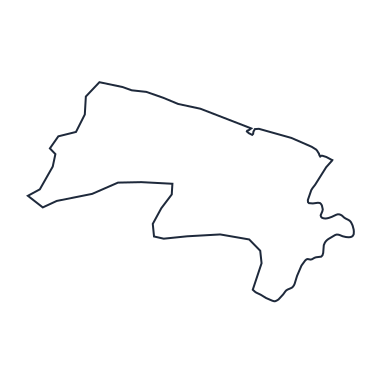 SVG path tracing the border of Atsimo-Atsinanana, rotated 273°
{"feature_id": "MDG-5867", "entity_name": "Atsimo-Atsinanana", "entity_type": "Autonomous Province", "adm_level": 1, "iso_a3": "MDG", "parent_name": "Madagascar", "parent_adm1": "", "projection": "albers", "projection_center": [47.076, -23.231], "detail": "fine", "context": "isolated", "style": "outline", "palette": "slate", "viewbox_px": 384, "rotation_deg": 273, "n_neighbors": 0, "source": "natural_earth", "source_scale": "10m", "svg_char_len": 1890}
<svg xmlns="http://www.w3.org/2000/svg" viewBox="0 0 384 384"><g transform="rotate(273 192 192)"><path d="M296.8,93.8L293.2,117.1L290.4,126.5L289.6,141.1L284.6,158.3L279.2,173.5L275.6,196.0L258.6,247.8L256.9,245.7L256.1,243.9L255.3,243.6L253.7,245.7L252.2,249.1L253.2,250.0L255.5,250.2L258.1,251.5L258.6,255.5L251.2,288.4L243.4,309.2L240.9,313.7L239.9,314.7L237.7,316.2L237.0,316.8L236.7,316.8L235.2,317.4L234.1,318.2L234.4,318.6L235.0,319.1L235.0,320.0L235.0,320.4L234.0,324.3L231.6,329.4L231.2,330.5L230.9,330.4L223.8,324.7L205.7,314.6L202.1,312.1L200.1,311.0L190.0,308.1L187.9,308.4L187.0,309.4L186.9,313.3L187.8,318.1L187.8,319.3L187.6,320.5L186.7,321.5L185.4,322.4L181.5,323.5L179.6,323.2L175.5,321.7L174.0,322.2L173.0,323.3L172.6,324.9L172.5,326.7L172.8,328.3L173.3,330.0L174.5,332.9L176.7,337.0L177.3,338.5L177.4,340.1L177.0,341.6L176.3,343.0L174.4,345.3L173.6,346.7L172.3,349.7L171.6,350.9L170.6,352.0L169.4,352.8L167.0,354.1L163.0,355.4L161.0,355.7L158.4,355.7L156.8,355.0L155.7,353.8L155.2,352.3L155.0,350.7L155.1,348.0L155.7,344.7L156.8,341.6L157.1,340.0L157.0,338.4L156.4,337.0L152.2,330.7L151.2,329.5L150.0,328.4L148.5,327.4L145.8,326.4L138.0,326.2L135.6,325.6L134.2,324.4L133.3,319.3L132.7,317.8L131.1,315.3L130.7,313.9L131.1,311.1L131.0,310.5L130.4,309.5L129.5,308.6L124.3,305.2L113.7,301.3L105.7,299.3L104.2,298.7L102.9,297.9L101.8,296.9L101.0,295.5L99.6,292.6L98.7,291.3L97.6,290.4L94.5,288.4L89.2,284.0L87.9,282.1L87.2,280.5L87.3,279.2L87.7,277.7L90.0,271.5L93.0,266.0L94.9,261.4L95.7,260.1L97.6,257.8L124.5,265.2L136.9,263.2L147.6,251.6L151.1,222.4L147.5,189.4L143.9,166.2L145.6,156.4L158.1,154.5L174.2,162.2L188.5,171.9L199.2,172.0L199.2,160.3L199.2,140.9L197.5,117.6L184.9,92.4L176.0,57.4L168.8,43.8L179.6,28.3L186.7,39.9L210.1,51.6L222.7,53.6L228.1,47.8L240.6,55.6L245.9,73.0L263.8,80.9L281.8,81.0L296.8,93.8Z" fill="none" stroke="#1e293b" stroke-width="2"/></g></svg>